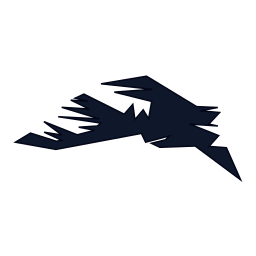 the Region of Vestfirðir
{"feature_id": "ISL-690", "entity_name": "Vestfirðir", "entity_type": "Region", "adm_level": 1, "iso_a3": "ISL", "parent_name": "Iceland", "parent_adm1": "", "projection": "equal_earth", "projection_center": [-22.568, 65.72], "detail": "coarse", "context": "isolated", "style": "filled", "palette": "ink", "viewbox_px": 256, "rotation_deg": 0, "n_neighbors": 0, "source": "natural_earth", "source_scale": "10m", "svg_char_len": 706}
<svg xmlns="http://www.w3.org/2000/svg" viewBox="0 0 256 256"><path d="M195.2,146.0L159.9,147.3L151.4,143.3L165.5,139.8L169.1,136.0L145.6,142.2L141.4,133.4L55.9,149.4L15.4,142.2L30.5,133.1L56.3,141.2L61.7,140.3L44.1,132.2L61.8,135.0L43.9,121.6L77.2,134.8L94.7,130.3L78.7,127.2L97.3,126.0L100.8,123.1L58.2,116.7L99.6,118.9L61.7,107.3L89.2,109.0L70.8,100.1L88.0,101.4L75.1,98.2L83.9,94.1L124.2,114.2L132.8,104.3L134.9,119.6L143.2,109.8L148.6,118.7L151.7,101.4L114.3,92.1L152.5,89.3L101.0,83.8L146.5,76.2L196.6,106.6L217.8,107.5L200.5,110.8L219.6,112.5L208.8,124.1L217.9,126.0L189.8,124.1L218.7,135.6L209.0,146.4L226.4,147.7L240.6,179.8L195.2,146.0Z" fill="#0f172a" stroke="#020617" stroke-width="1.5"/></svg>